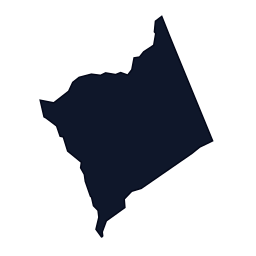 Montgomery, North Carolina, United States of America, rotated 69°
{"feature_id": "52423323B62782413793554", "entity_name": "Montgomery", "entity_type": "district", "adm_level": 2, "iso_a3": "USA", "parent_name": "United States of America", "parent_adm1": "North Carolina", "projection": "mercator", "projection_center": [-79.888, 35.324], "detail": "fine", "context": "isolated", "style": "filled", "palette": "ink", "viewbox_px": 256, "rotation_deg": 69, "n_neighbors": 0, "source": "geoboundaries", "source_scale": "gbopen_adm2", "svg_char_len": 836}
<svg xmlns="http://www.w3.org/2000/svg" viewBox="0 0 256 256"><g transform="rotate(69 128 128)"><path d="M73.4,55.9L54.6,56.3L53.3,56.3L35.9,56.5L38.1,64.1L47.7,68.9L49.6,68.2L59.9,74.3L62.5,86.1L65.9,91.8L64.7,97.2L74.9,103.5L78.5,109.3L73.6,115.0L73.7,120.4L68.5,129.2L69.0,134.7L64.6,142.9L63.2,155.5L65.6,163.2L72.4,170.2L77.9,188.3L70.6,200.0L87.5,202.4L88.7,201.4L88.8,201.2L100.5,193.9L111.4,194.3L113.1,191.6L127.9,192.6L143.3,183.8L148.2,186.5L155.7,185.4L162.5,187.0L178.3,187.5L178.7,187.3L179.4,186.8L188.2,188.1L194.2,185.5L200.9,187.2L211.1,194.2L220.1,191.8L220.0,191.4L220.1,191.2L219.9,191.1L219.9,190.9L220.0,190.8L219.8,190.4L219.7,190.3L215.8,189.3L206.9,181.5L201.1,159.4L193.0,157.0L188.4,147.3L189.1,137.2L174.5,77.1L171.5,67.9L170.3,53.6L73.4,55.9Z" fill="#0f172a" stroke="#020617" stroke-width="1.5"/></g></svg>